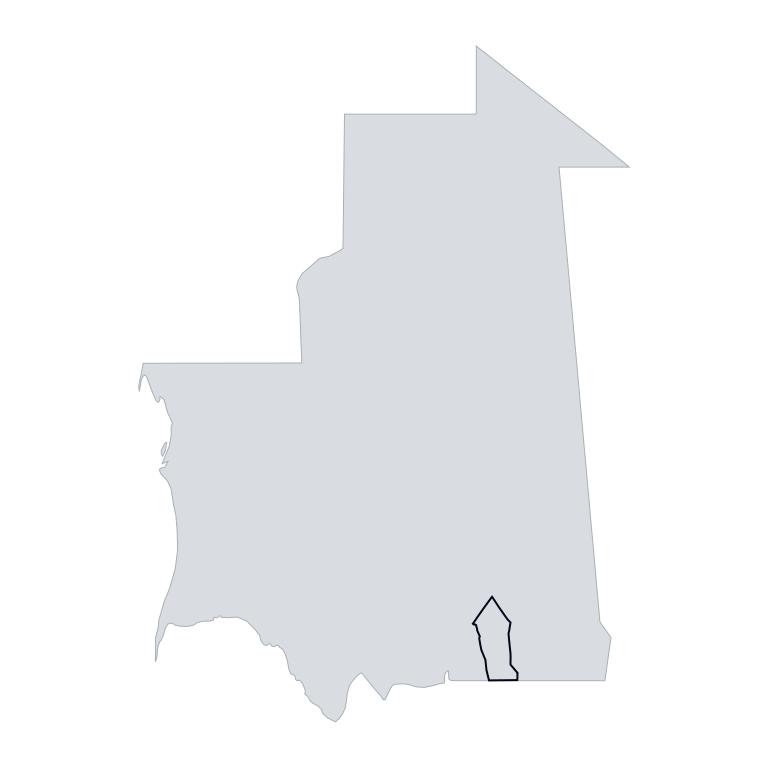 Timbedgha, Hodh ech Chargui, Mauritania shown in context
{"feature_id": "47542326B26087332325113", "entity_name": "Timbedgha", "entity_type": "district", "adm_level": 2, "iso_a3": "MRT", "parent_name": "Mauritania", "parent_adm1": "Hodh ech Chargui", "projection": "equal_earth", "projection_center": [-8.178, 16.265], "detail": "fine", "context": "in_parent", "style": "outline", "palette": "ink", "viewbox_px": 768, "rotation_deg": 0, "n_neighbors": 0, "source": "geoboundaries", "source_scale": "gbopen_adm2", "svg_char_len": 3864}
<svg xmlns="http://www.w3.org/2000/svg" viewBox="0 0 768 768"><path d="M328.5,718.4L327.6,718.0L323.3,714.0L321.2,709.3L317.8,705.8L313.1,703.4L310.0,700.7L308.6,697.7L306.9,695.6L305.0,694.6L304.9,693.5L305.3,692.0L304.9,689.2L302.2,683.0L299.6,680.2L297.4,680.7L296.1,679.9L295.4,678.5L295.1,676.5L293.6,674.8L291.0,674.1L288.9,669.5L287.4,661.1L285.4,654.5L282.9,649.8L281.1,648.1L279.8,647.7L279.4,647.0L279.0,645.6L277.0,645.2L274.2,646.6L271.8,646.1L270.6,643.8L268.9,643.6L266.7,645.5L264.3,644.9L261.7,641.9L260.3,639.0L260.0,636.0L255.6,630.1L247.0,621.3L237.5,617.1L227.2,617.7L221.4,617.3L220.2,615.9L218.9,616.0L217.6,617.6L216.3,617.9L214.8,617.1L213.9,617.7L213.5,620.0L209.9,621.1L203.0,621.2L197.4,622.6L193.1,625.3L187.1,626.5L179.4,626.1L174.7,625.1L173.1,623.5L170.9,623.1L168.0,624.0L165.3,628.3L163.0,636.2L161.0,640.7L159.5,641.8L157.8,647.7L156.8,657.6L155.4,661.9L155.7,637.3L158.1,628.2L158.9,620.1L163.9,602.3L169.8,587.8L175.3,568.5L177.6,549.8L177.2,531.6L175.9,515.4L173.5,504.6L171.2,489.1L167.5,481.0L160.8,473.8L159.3,469.7L160.9,468.1L165.1,467.1L167.9,461.5L162.2,463.6L169.1,446.6L171.3,435.0L171.1,427.4L172.4,422.8L167.6,412.6L164.0,399.8L162.1,397.8L160.0,396.7L159.8,399.7L158.6,402.4L156.2,400.8L152.1,391.5L146.5,376.4L144.5,374.8L142.7,376.9L141.5,378.9L139.3,391.5L138.7,386.5L139.7,380.6L141.4,373.4L143.2,363.3L148.4,363.3L157.6,363.3L176.0,363.2L185.2,363.2L203.6,363.2L212.9,363.2L231.3,363.1L240.5,363.1L258.9,363.1L268.1,363.1L286.5,363.0L295.8,363.0L301.8,363.0L301.6,355.9L301.3,350.2L301.0,342.6L300.7,335.0L300.5,327.4L300.2,320.3L299.9,313.2L299.7,306.6L299.4,300.5L299.0,297.1L297.1,290.2L296.7,286.7L297.3,283.1L298.6,279.7L302.3,273.5L307.8,268.7L314.1,263.2L318.9,259.0L321.3,257.9L328.8,256.5L334.7,253.3L340.4,250.2L342.8,248.5L343.1,242.7L344.5,114.1L372.5,114.1L379.9,114.1L431.4,114.1L438.8,114.1L476.2,114.1L476.3,108.1L476.3,99.4L476.3,87.6L476.3,75.7L476.3,54.8L476.3,46.1L483.7,51.9L498.5,63.5L505.9,69.4L520.7,81.0L535.6,92.7L550.5,104.3L557.9,110.2L565.4,116.0L572.8,121.9L580.3,127.7L595.3,139.5L601.5,144.4L611.2,152.3L620.2,159.7L629.3,167.1L615.4,167.1L596.8,167.1L584.1,167.1L571.2,167.1L559.0,167.1L560.1,179.2L561.3,192.5L562.5,205.7L563.7,219.0L564.9,232.2L568.5,272.1L569.7,285.4L570.9,298.8L572.1,312.1L573.3,325.5L575.7,352.2L576.9,365.6L578.1,379.0L579.3,392.5L580.5,405.9L581.7,419.3L584.1,446.3L585.4,459.8L586.6,473.2L587.8,486.7L589.0,500.3L590.2,513.8L591.4,527.3L592.7,540.9L595.1,568.0L596.3,581.6L597.5,595.1L598.8,608.7L599.9,621.9L604.8,628.8L611.0,637.6L609.2,649.9L607.2,664.6L604.9,680.7L588.0,680.7L571.3,680.7L529.7,680.7L521.4,680.7L479.8,680.7L471.5,680.7L455.4,680.7L450.6,680.3L448.9,679.1L448.3,670.7L446.9,671.3L445.2,673.7L444.4,676.4L444.7,679.8L444.4,682.8L439.0,683.9L431.8,685.9L424.2,687.4L416.5,686.9L413.9,686.2L411.1,685.1L405.0,683.9L401.7,683.8L397.9,684.0L393.4,684.7L391.9,686.2L388.5,692.4L385.2,699.7L383.0,699.6L380.6,695.7L374.0,688.2L366.1,678.5L362.5,673.6L360.5,673.0L356.7,676.4L353.4,679.8L350.0,684.6L348.4,689.1L347.1,694.5L346.5,700.8L345.2,708.2L342.4,714.1L339.1,718.6L336.6,720.8L335.6,721.9L328.5,718.4ZM165.3,451.0L162.7,456.3L161.5,454.2L161.2,450.8L163.5,445.8L164.7,443.3L166.7,442.3L165.3,451.0Z" fill="#d9dde1" stroke="#a8b0b8" stroke-width="1"/><path d="M510.5,664.6L510.5,662.8L510.6,657.6L510.5,653.6L509.5,644.1L508.5,633.6L509.0,631.3L509.2,630.9L509.4,629.3L509.5,628.6L510.5,622.5L507.6,619.5L507.5,619.4L498.7,606.9L492.1,596.8L491.7,597.2L483.4,608.6L477.2,617.4L474.0,622.2L472.9,623.7L473.5,624.3L474.4,624.6L475.0,624.4L476.1,625.1L476.4,626.7L477.2,628.9L477.1,630.2L477.7,631.6L479.8,636.4L479.3,637.9L479.2,638.3L480.3,644.8L481.4,650.1L485.4,659.9L486.5,670.2L489.0,680.4L517.3,680.1L517.5,673.0L517.3,672.9L517.3,672.7L513.2,667.8L510.5,664.6L510.5,664.6Z" fill="none" stroke="#020617" stroke-width="2"/></svg>